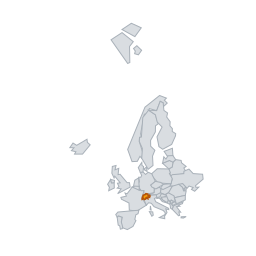 Europe, with Switzerland highlighted, rotated 346°
{"feature_id": "CHE", "entity_name": "Switzerland", "entity_type": "country or territory", "adm_level": 0, "iso_a3": "CHE", "parent_name": "Europe", "parent_adm1": "", "projection": "mercator", "projection_center": [8.313, 46.803], "detail": "fine", "context": "in_parent", "style": "filled", "palette": "amber", "viewbox_px": 256, "rotation_deg": 346, "n_neighbors": 37, "source": "natural_earth", "source_scale": "50m", "svg_char_len": 8948}
<svg xmlns="http://www.w3.org/2000/svg" viewBox="0 0 256 256"><g transform="rotate(346 128 128)"><path d="M132.9,38.3L145.3,34.0L154.0,45.5L149.2,49.3L145.6,64.9L143.3,65.3L132.9,38.3ZM172.1,113.3L167.4,115.9L168.2,112.1L165.7,109.9L160.0,118.1L153.4,114.3L150.8,119.4L147.2,118.5L138.8,136.7L138.8,140.0L136.9,139.9L135.7,143.9L136.4,155.9L134.0,160.7L132.7,158.4L129.0,162.6L123.8,161.6L122.5,148.7L149.5,111.9L166.5,104.1L172.5,108.3L170.0,109.8L172.1,113.3ZM165.1,34.0L156.8,41.0L146.0,31.0L156.6,27.2L165.1,34.0ZM160.0,55.9L155.8,59.5L152.4,57.5L153.7,55.1L152.6,52.2L156.5,50.3L160.0,55.9Z" fill="#d9dde1" stroke="#a8b0b8" stroke-width="1"/><path d="M117.8,186.3L128.4,192.6L124.5,199.1L127.2,207.3L116.5,210.8L109.4,208.0L110.8,201.0L104.5,195.6L104.3,193.6L110.0,193.7L109.4,190.4L111.2,191.6L117.8,186.3ZM129.7,212.7L130.9,209.0L130.6,213.2L129.7,212.7Z" fill="#d9dde1" stroke="#a8b0b8" stroke-width="1"/><path d="M134.0,160.7L137.0,151.4L135.7,143.9L136.9,139.9L138.8,140.0L144.9,121.4L152.3,115.7L157.8,121.8L158.4,131.2L155.2,132.5L153.6,138.4L146.9,145.5L145.6,151.2L148.7,156.1L145.0,161.2L143.2,170.4L137.6,172.9L134.0,160.7Z" fill="#d9dde1" stroke="#a8b0b8" stroke-width="1"/><path d="M166.6,170.2L171.7,172.3L171.5,174.7L175.1,179.4L172.5,180.3L173.4,183.4L171.1,185.8L157.7,185.0L157.7,177.6L161.5,176.5L163.4,172.0L166.6,170.2Z" fill="#d9dde1" stroke="#a8b0b8" stroke-width="1"/><path d="M179.6,202.0L182.4,202.5L177.4,205.5L174.7,202.9L176.8,201.5L173.2,199.1L167.5,203.0L167.9,199.9L170.1,199.9L167.5,195.2L160.3,196.3L155.0,194.3L158.5,188.5L157.7,185.0L159.7,184.0L171.1,185.8L171.8,183.5L177.2,182.6L180.2,188.0L189.2,190.9L188.5,195.8L179.5,200.3L179.6,202.0Z" fill="#d9dde1" stroke="#a8b0b8" stroke-width="1"/><path d="M157.7,177.6L158.3,181.5L157.1,182.2L158.7,187.6L156.3,192.6L143.8,188.5L139.8,180.6L139.9,178.1L146.5,174.6L157.7,177.6Z" fill="#d9dde1" stroke="#a8b0b8" stroke-width="1"/><path d="M145.3,195.2L143.5,199.2L140.8,199.9L131.1,198.0L137.6,197.0L138.9,193.0L144.4,193.3L145.3,195.2Z" fill="#d9dde1" stroke="#a8b0b8" stroke-width="1"/><path d="M155.0,194.3L156.2,195.8L153.0,200.2L148.1,201.7L143.8,198.7L145.3,195.2L155.0,194.3Z" fill="#d9dde1" stroke="#a8b0b8" stroke-width="1"/><path d="M163.6,194.9L167.5,195.2L170.1,199.9L167.9,199.9L166.7,202.5L166.5,198.8L163.6,194.9Z" fill="#d9dde1" stroke="#a8b0b8" stroke-width="1"/><path d="M166.7,202.5L169.3,203.0L167.3,207.2L156.6,206.9L151.5,200.7L157.0,195.2L163.6,194.9L166.5,198.8L166.7,202.5Z" fill="#d9dde1" stroke="#a8b0b8" stroke-width="1"/><path d="M163.4,172.0L161.5,176.5L157.7,177.6L153.0,170.6L160.3,169.5L163.4,172.0Z" fill="#d9dde1" stroke="#a8b0b8" stroke-width="1"/><path d="M164.9,165.6L166.6,170.2L163.4,172.0L160.3,169.5L153.0,170.6L155.8,164.6L157.3,167.3L160.8,163.9L164.9,165.6Z" fill="#d9dde1" stroke="#a8b0b8" stroke-width="1"/><path d="M166.2,158.4L164.9,165.6L159.2,164.5L157.4,159.4L166.2,158.4Z" fill="#d9dde1" stroke="#a8b0b8" stroke-width="1"/><path d="M139.9,178.1L141.6,186.4L136.3,188.9L138.9,193.0L137.6,197.0L127.2,196.6L128.4,192.6L125.7,192.1L124.5,189.3L124.4,184.1L126.0,183.0L126.5,178.4L128.5,178.9L129.8,177.3L129.2,174.2L131.9,174.2L133.8,177.3L136.8,175.8L139.9,178.1Z" fill="#d9dde1" stroke="#a8b0b8" stroke-width="1"/><path d="M156.1,205.8L156.6,206.9L167.3,207.2L166.2,211.6L156.6,213.3L156.1,205.8Z" fill="#d9dde1" stroke="#a8b0b8" stroke-width="1"/><path d="M163.0,228.0L160.0,228.8L157.7,228.0L158.1,227.0L163.0,228.0ZM153.0,214.6L163.6,212.8L162.5,214.6L158.1,215.0L159.4,216.4L156.0,216.0L158.7,222.4L157.0,221.8L157.0,225.3L155.8,225.4L151.3,217.6L153.0,214.6Z" fill="#d9dde1" stroke="#a8b0b8" stroke-width="1"/><path d="M153.0,214.6L151.3,217.6L149.9,216.1L150.5,209.9L153.0,214.6Z" fill="#d9dde1" stroke="#a8b0b8" stroke-width="1"/><path d="M144.5,199.7L149.9,203.2L143.0,204.3L148.1,210.4L143.5,207.7L141.4,203.6L139.0,203.4L144.5,199.7Z" fill="#d9dde1" stroke="#a8b0b8" stroke-width="1"/><path d="M124.0,189.4L124.8,191.3L123.8,191.1L124.0,189.4Z" fill="#d9dde1" stroke="#a8b0b8" stroke-width="1"/><path d="M124.7,187.3L123.8,191.1L117.8,186.3L122.5,185.3L124.7,187.3Z" fill="#d9dde1" stroke="#a8b0b8" stroke-width="1"/><path d="M126.2,179.0L124.7,187.3L119.3,185.7L122.0,180.3L126.2,179.0Z" fill="#d9dde1" stroke="#a8b0b8" stroke-width="1"/><path d="M95.9,211.9L97.4,210.9L100.9,213.2L98.8,217.6L99.7,221.4L98.1,224.3L96.1,224.3L96.3,220.9L95.0,219.8L95.9,211.9Z" fill="#d9dde1" stroke="#a8b0b8" stroke-width="1"/><path d="M98.9,223.7L98.8,217.6L100.9,213.2L97.4,210.9L95.9,211.9L95.2,209.0L97.9,207.1L118.7,210.4L117.0,213.6L114.6,214.1L112.5,218.4L113.3,219.8L109.0,224.7L102.8,226.4L98.9,223.7Z" fill="#d9dde1" stroke="#a8b0b8" stroke-width="1"/><path d="M101.3,177.8L100.2,182.9L94.1,184.2L95.6,181.0L94.6,177.7L98.7,173.7L98.7,177.2L101.3,177.8Z" fill="#d9dde1" stroke="#a8b0b8" stroke-width="1"/><path d="M132.9,198.6L139.3,199.7L139.5,202.2L136.5,202.8L137.0,206.2L148.0,215.8L147.8,217.1L145.1,215.6L145.4,219.4L142.8,221.8L143.6,219.2L142.3,216.6L134.3,210.7L132.4,206.7L129.9,205.5L127.2,207.3L126.0,201.1L132.9,198.6ZM136.7,222.5L142.5,221.0L141.7,224.9L136.7,222.5ZM128.5,214.3L131.7,215.4L131.4,218.7L129.8,219.4L128.5,214.3Z" fill="#d9dde1" stroke="#a8b0b8" stroke-width="1"/><path d="M131.9,174.2L129.2,174.2L128.4,168.9L133.1,164.7L132.5,167.7L133.8,169.2L131.9,174.2ZM136.5,170.4L136.0,174.8L134.0,172.9L133.8,171.5L136.5,170.4Z" fill="#d9dde1" stroke="#a8b0b8" stroke-width="1"/><path d="M101.3,177.8L98.7,177.2L98.7,173.7L102.3,175.6L101.3,177.8ZM107.2,179.3L103.5,171.5L102.4,173.1L101.4,168.0L103.5,161.5L107.3,161.5L105.3,165.4L109.3,164.9L107.1,170.8L109.1,171.0L113.9,180.8L116.2,181.4L115.8,185.9L102.1,189.2L106.6,185.4L103.0,183.7L105.0,182.7L104.4,179.0L107.2,179.3Z" fill="#d9dde1" stroke="#a8b0b8" stroke-width="1"/><path d="M85.5,129.0L85.1,132.1L87.2,135.2L77.6,142.3L69.8,140.4L71.7,138.4L67.6,136.3L70.8,134.1L66.8,133.0L71.0,129.3L74.0,132.4L85.5,129.0Z" fill="#d9dde1" stroke="#a8b0b8" stroke-width="1"/><path d="M139.3,199.7L143.8,198.7L144.5,199.7L142.2,202.6L139.1,202.4L139.3,199.7Z" fill="#d9dde1" stroke="#a8b0b8" stroke-width="1"/><path d="M168.2,112.1L167.1,119.6L170.0,123.0L168.2,126.7L170.4,132.1L169.2,136.0L170.9,139.3L170.1,142.1L172.9,145.0L172.2,147.1L166.4,154.5L156.5,157.0L153.5,153.6L154.0,143.6L161.3,135.3L157.8,129.3L157.8,121.8L152.3,115.7L160.0,118.1L165.7,109.9L168.2,112.1Z" fill="#d9dde1" stroke="#a8b0b8" stroke-width="1"/><path d="M155.9,192.4L154.6,194.6L147.0,196.2L145.1,194.2L148.3,191.2L155.9,192.4Z" fill="#d9dde1" stroke="#a8b0b8" stroke-width="1"/><path d="M141.6,186.4L146.4,188.6L148.9,191.2L140.3,193.9L136.8,191.0L136.3,188.9L141.6,186.4Z" fill="#d9dde1" stroke="#a8b0b8" stroke-width="1"/><path d="M148.3,210.0L144.3,206.3L143.4,203.2L149.8,204.2L150.0,207.6L148.3,210.0Z" fill="#d9dde1" stroke="#a8b0b8" stroke-width="1"/><path d="M155.6,210.8L156.6,213.3L152.2,214.0L152.5,211.5L155.6,210.8Z" fill="#d9dde1" stroke="#a8b0b8" stroke-width="1"/><path d="M148.8,201.3L151.5,200.7L156.2,204.9L155.9,210.5L154.0,211.0L152.6,208.4L151.5,209.6L149.6,207.7L148.8,201.3Z" fill="#d9dde1" stroke="#a8b0b8" stroke-width="1"/><path d="M151.2,210.1L149.8,212.0L148.1,210.4L149.6,207.7L151.2,210.1Z" fill="#d9dde1" stroke="#a8b0b8" stroke-width="1"/><path d="M152.2,212.0L151.2,210.1L152.2,208.5L154.4,209.9L152.2,212.0Z" fill="#d9dde1" stroke="#a8b0b8" stroke-width="1"/><path d="M131.1,196.9L131.3,197.0L131.1,197.6L131.1,197.8L131.1,198.0L131.3,198.2L131.6,198.2L131.7,198.3L131.8,198.4L131.8,198.5L132.0,198.6L132.3,198.7L132.7,198.4L132.8,198.4L132.9,198.6L132.8,199.1L132.9,199.4L132.9,199.5L132.7,199.6L132.4,199.4L132.2,199.4L132.2,199.6L132.1,199.8L132.3,200.1L132.3,200.3L132.2,200.5L132.1,200.4L132.0,200.2L131.9,200.1L131.6,200.1L131.4,200.3L131.2,200.3L131.1,200.2L131.0,199.9L130.9,199.8L130.7,199.7L130.6,199.8L130.6,200.0L130.6,200.3L130.5,200.5L130.3,200.8L130.2,200.9L130.1,201.0L130.2,201.3L130.2,201.5L129.9,201.3L129.7,201.1L129.8,200.9L129.5,200.8L129.3,200.6L129.1,200.4L129.1,200.0L129.1,199.9L128.9,199.9L128.8,200.0L128.7,200.1L128.4,200.3L128.5,200.6L128.3,200.9L128.2,201.0L127.8,201.3L127.5,201.2L127.4,201.1L127.2,201.2L127.0,201.3L126.6,201.4L126.4,201.3L126.4,201.2L126.1,200.9L126.0,200.7L125.9,200.6L126.0,200.3L125.9,200.2L125.9,199.9L125.5,199.9L125.3,199.9L125.1,200.0L124.9,200.2L125.0,200.4L124.8,200.5L124.6,200.7L124.4,200.7L124.5,200.4L124.7,200.2L124.6,199.9L124.6,199.7L124.8,199.4L125.0,199.2L125.3,198.8L125.3,198.5L125.6,198.3L125.7,198.2L125.8,198.2L126.0,197.9L126.3,197.6L126.3,197.4L126.2,197.3L126.2,197.2L126.3,197.1L126.4,196.9L126.6,196.9L126.7,197.0L126.8,197.1L127.0,197.1L127.2,196.9L127.3,196.8L127.5,196.7L128.1,196.7L128.4,196.7L128.6,196.6L128.9,196.6L129.0,196.7L129.3,196.6L129.1,196.5L129.0,196.4L129.2,196.2L129.3,196.1L129.6,196.4L129.8,196.3L129.9,196.5L130.4,196.4L130.5,196.4L130.8,196.6L131.1,196.9Z" fill="#f59e0b" stroke="#b45309" stroke-width="1.5"/></g></svg>